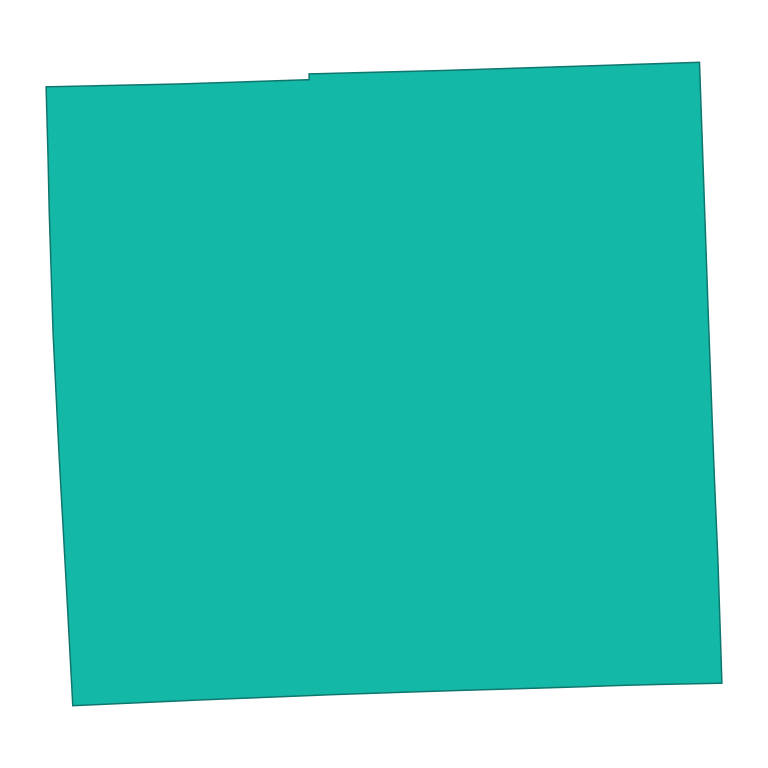 Oakland, Michigan, United States of America
{"feature_id": "52423323B71844915805023", "entity_name": "Oakland", "entity_type": "district", "adm_level": 2, "iso_a3": "USA", "parent_name": "United States of America", "parent_adm1": "Michigan", "projection": "natural_earth1", "projection_center": [-83.368, 42.66], "detail": "fine", "context": "isolated", "style": "filled", "palette": "teal", "viewbox_px": 768, "rotation_deg": 0, "n_neighbors": 0, "source": "geoboundaries", "source_scale": "gbopen_adm2", "svg_char_len": 478}
<svg xmlns="http://www.w3.org/2000/svg" viewBox="0 0 768 768"><path d="M49.2,210.5L53.1,333.8L59.3,459.4L66.1,581.2L72.8,705.7L198.8,700.0L330.8,694.7L395.8,692.5L404.3,692.2L461.3,690.4L587.8,686.6L591.2,686.4L612.9,685.7L628.6,685.2L645.3,684.8L656.4,684.5L721.9,683.2L720.6,642.1L717.9,559.9L714.4,478.0L712.7,434.1L708.1,310.0L699.5,62.3L439.1,70.6L309.1,73.9L309.1,79.7L177.9,84.0L46.1,86.8L48.1,159.4L49.2,210.5Z" fill="#14b8a6" stroke="#0f766e" stroke-width="1.5"/></svg>